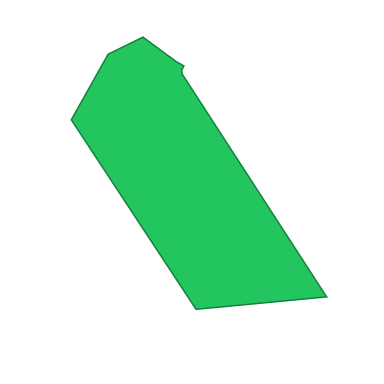 outline of Am-Djarass, Ennedi, Chad, rotated 147°
{"feature_id": "50815135B96833037498211", "entity_name": "Am-Djarass", "entity_type": "district", "adm_level": 2, "iso_a3": "TCD", "parent_name": "Chad", "parent_adm1": "Ennedi", "projection": "orthographic", "projection_center": [22.869, 18.153], "detail": "fine", "context": "isolated", "style": "filled", "palette": "green", "viewbox_px": 384, "rotation_deg": 147, "n_neighbors": 0, "source": "geoboundaries", "source_scale": "gbopen_adm2", "svg_char_len": 324}
<svg xmlns="http://www.w3.org/2000/svg" viewBox="0 0 384 384"><g transform="rotate(147 192 192)"><path d="M253.9,318.3L253.9,315.2L252.5,91.4L136.3,30.8L136.2,30.7L136.0,296.1L134.4,299.6L130.1,302.2L130.4,302.7L134.4,310.4L148.8,348.6L187.2,353.3L253.9,318.3Z" fill="#22c55e" stroke="#15803d" stroke-width="1.5"/></g></svg>